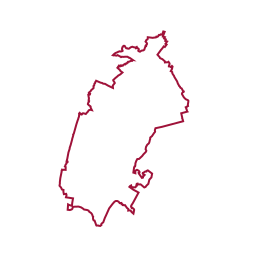 the district of Scorteni, Bacau, Romania, rotated 195°
{"feature_id": "2599482B56524358146983", "entity_name": "Scorteni", "entity_type": "district", "adm_level": 2, "iso_a3": "ROU", "parent_name": "Romania", "parent_adm1": "Bacau", "projection": "robinson", "projection_center": [26.678, 46.577], "detail": "fine", "context": "isolated", "style": "outline", "palette": "rose", "viewbox_px": 256, "rotation_deg": 195, "n_neighbors": 0, "source": "geoboundaries", "source_scale": "gbopen_adm2", "svg_char_len": 5916}
<svg xmlns="http://www.w3.org/2000/svg" viewBox="0 0 256 256"><g transform="rotate(195 128 128)"><path d="M161.4,194.4L161.0,194.4L161.0,194.6L160.5,194.7L158.7,194.8L157.6,195.0L156.9,195.7L154.0,195.0L153.3,195.0L153.1,194.7L152.8,194.8L152.7,195.1L150.6,195.6L148.9,196.2L147.0,196.7L146.1,196.4L145.7,196.4L145.3,196.1L144.5,196.2L140.9,194.9L141.5,194.8L141.4,194.4L141.5,194.3L141.4,194.1L141.4,193.9L141.5,193.8L142.3,193.8L144.1,192.3L145.0,192.0L145.0,191.7L145.3,191.5L145.3,191.1L145.5,191.1L145.6,190.8L145.8,190.2L146.3,190.1L146.5,189.8L147.0,189.5L146.8,189.3L146.8,189.0L146.9,188.9L147.1,189.1L147.3,189.0L147.3,188.7L148.5,188.2L148.8,187.6L149.2,187.3L149.2,186.9L149.7,186.8L150.0,186.4L150.5,186.4L150.7,186.1L151.3,186.1L151.4,186.4L151.5,186.3L151.6,186.0L151.8,186.2L152.1,186.1L151.9,185.8L152.0,185.7L152.3,186.0L153.0,185.9L153.0,185.7L153.0,185.3L153.4,184.6L153.2,184.2L153.5,184.1L153.8,183.4L150.8,181.9L150.2,181.2L147.7,180.2L149.3,177.8L151.1,176.0L151.6,175.1L153.2,172.9L154.7,170.4L153.9,169.4L152.8,168.6L152.4,168.0L153.7,165.0L152.9,162.8L154.8,163.1L158.4,163.8L161.6,164.7L163.5,164.4L164.7,164.8L166.1,164.7L171.0,165.4L171.1,164.7L171.5,163.9L171.4,163.4L171.4,162.9L171.9,162.2L171.7,160.3L172.2,159.6L171.6,157.7L171.8,157.3L173.4,154.9L173.6,153.9L174.6,152.6L175.0,151.8L174.9,151.6L174.6,151.4L173.7,151.3L173.8,151.0L173.5,150.5L174.1,150.0L174.8,150.1L175.0,149.9L173.9,147.5L173.4,146.8L173.4,145.6L173.1,145.2L173.1,144.1L172.5,143.9L172.5,143.1L172.9,142.5L173.0,141.0L172.9,140.6L171.5,139.8L170.0,139.3L169.6,138.9L169.5,138.2L167.5,135.9L169.0,135.9L170.2,135.2L170.5,134.9L171.1,133.1L171.5,132.5L172.4,130.6L173.6,130.7L175.3,130.6L175.8,130.0L176.1,129.1L176.6,128.9L177.0,129.4L177.2,129.5L177.5,129.3L178.6,130.1L179.0,129.3L178.8,129.0L178.3,126.2L178.5,124.5L178.4,123.9L178.6,122.4L178.8,118.3L178.9,108.4L179.3,107.5L179.0,106.9L179.0,104.6L179.1,103.5L179.0,102.6L179.0,96.7L179.2,93.9L179.0,92.8L179.2,89.0L178.7,82.6L178.7,79.6L178.6,79.3L177.7,79.9L177.5,79.6L177.6,79.3L178.4,78.2L178.3,77.6L178.8,76.4L178.8,75.5L179.0,74.5L178.1,74.2L177.4,71.4L179.5,71.0L180.1,70.5L180.3,70.5L180.9,70.7L181.1,69.8L180.8,68.6L180.4,62.1L179.8,57.9L179.5,57.1L179.2,54.5L177.2,53.1L175.9,51.5L174.3,51.5L173.9,49.7L172.8,47.5L170.7,48.4L170.0,47.3L170.0,45.0L162.9,45.8L162.5,41.4L162.0,38.3L164.9,38.4L166.1,38.7L165.1,33.4L162.9,33.7L161.4,34.7L160.9,35.4L160.8,36.3L160.9,37.4L160.7,37.6L159.4,38.1L155.4,39.3L152.7,39.2L150.6,38.5L149.4,37.9L146.3,38.2L144.7,38.0L143.8,37.1L141.8,36.4L140.9,35.8L140.1,35.0L139.4,33.8L138.7,33.3L138.6,32.3L138.1,30.9L137.3,29.9L136.3,29.9L133.4,25.7L133.0,25.6L131.8,26.1L130.6,26.0L129.3,26.3L129.0,27.0L128.6,27.3L128.9,28.4L128.5,29.2L127.5,30.5L127.1,35.2L126.6,37.9L125.4,45.5L123.2,50.8L121.9,53.4L120.9,54.3L119.5,54.7L118.0,54.4L116.6,53.3L115.0,53.9L114.5,52.8L114.0,53.0L113.2,52.2L112.5,52.6L111.8,52.3L110.9,52.7L108.4,50.6L106.7,49.8L106.4,48.3L105.3,48.8L104.1,48.9L102.7,47.7L100.6,46.7L100.7,48.9L101.0,49.2L100.8,50.3L101.1,51.0L102.8,51.9L103.6,51.6L104.7,52.8L104.5,53.4L104.8,53.8L104.5,54.9L103.9,56.6L101.1,68.4L106.9,69.8L111.4,71.5L110.9,72.6L110.1,73.3L109.6,72.2L109.1,71.8L108.4,72.0L107.9,71.9L107.6,72.1L105.7,72.5L105.3,72.9L105.3,73.8L105.2,74.0L104.5,74.5L104.5,75.3L105.2,75.9L104.9,76.5L104.6,76.7L104.3,76.8L104.0,76.2L103.8,76.1L102.8,76.3L101.5,76.8L100.9,76.7L96.9,74.8L95.8,75.6L95.3,77.0L93.9,79.3L94.0,83.7L92.6,86.3L92.9,90.2L97.9,92.2L98.9,91.4L99.0,90.7L99.9,90.5L100.6,90.0L101.3,88.9L102.0,88.5L102.0,87.8L101.2,87.2L99.8,86.9L100.3,85.9L100.9,85.6L101.0,84.9L100.7,84.0L101.6,83.4L105.7,86.8L106.1,87.4L105.4,88.0L105.5,88.6L106.6,89.5L108.5,89.9L109.6,88.9L109.8,88.1L109.2,86.2L111.3,86.3L111.9,91.5L111.7,92.6L111.2,92.8L111.3,94.0L111.7,95.8L111.5,98.3L111.0,100.4L109.3,101.0L107.0,104.7L106.3,106.5L104.6,109.5L104.4,110.7L104.6,111.1L105.5,112.0L105.7,114.4L105.1,116.8L104.0,118.4L103.8,119.0L103.7,120.0L103.8,122.1L103.7,123.2L104.0,124.0L104.0,124.6L102.7,126.4L101.5,130.0L101.0,130.9L100.9,131.6L101.5,132.8L101.4,134.9L95.5,137.9L76.5,148.8L77.5,150.6L78.2,151.4L78.3,152.0L80.4,156.0L74.9,159.2L75.4,159.6L75.9,160.7L76.8,161.8L76.8,162.4L77.1,162.5L77.6,163.0L75.7,164.8L76.1,165.5L76.3,166.6L76.5,168.8L76.8,170.0L77.4,170.4L79.5,170.7L80.9,171.4L82.1,172.2L84.7,174.8L84.8,175.3L84.6,176.2L84.4,176.6L83.8,177.0L83.5,177.5L83.6,177.8L84.4,178.0L86.4,180.1L87.6,180.4L88.1,180.7L88.5,181.4L89.6,181.9L90.6,183.2L91.2,183.6L92.6,185.7L96.4,189.3L97.1,190.3L98.8,191.7L99.5,192.6L99.7,193.4L100.3,193.8L101.4,194.0L100.8,196.3L100.9,198.9L101.6,199.3L102.3,197.9L103.7,198.3L104.5,198.1L104.6,198.4L104.4,200.4L104.6,201.2L106.0,202.4L106.4,201.9L109.3,200.9L109.6,201.9L112.6,203.4L115.1,203.8L115.9,204.7L118.5,206.4L116.3,212.1L115.5,213.7L114.6,216.1L113.4,215.8L112.3,218.6L113.6,219.0L112.6,221.7L114.6,221.8L114.4,223.4L116.3,223.8L115.9,225.3L118.0,225.3L117.5,230.4L118.9,230.4L119.2,226.9L120.7,226.9L121.3,226.0L122.2,225.9L122.4,225.5L122.6,224.4L123.2,223.7L123.6,223.5L123.9,223.7L124.3,223.6L124.5,222.7L126.4,222.0L127.4,221.5L132.4,220.8L132.0,219.1L132.1,218.7L133.0,217.8L133.4,216.0L132.0,215.1L131.4,214.2L131.5,213.5L131.8,213.1L131.7,212.0L132.3,212.0L132.4,211.6L132.3,210.5L132.5,209.4L132.5,207.9L133.2,207.0L135.0,206.2L136.2,204.8L137.8,205.0L138.1,205.4L137.9,206.7L138.0,207.0L138.5,207.3L139.4,207.6L140.0,208.2L140.4,208.2L140.6,208.5L140.8,208.3L140.7,208.0L140.9,207.7L140.7,207.2L141.1,207.0L141.7,207.7L143.4,207.5L144.9,207.6L146.3,206.6L147.6,204.9L148.5,204.6L149.4,204.8L149.8,204.6L150.4,204.6L151.1,205.1L152.3,206.3L152.7,206.3L152.8,206.4L153.4,206.3L153.7,206.1L153.8,205.3L154.3,204.7L154.3,202.7L154.0,202.4L153.7,201.8L153.3,201.5L153.2,201.0L153.8,200.5L154.8,200.0L156.0,199.9L156.6,199.4L157.1,199.2L157.5,198.7L159.6,197.1L160.8,195.5L161.4,194.4Z" fill="none" stroke="#9f1239" stroke-width="2"/></g></svg>